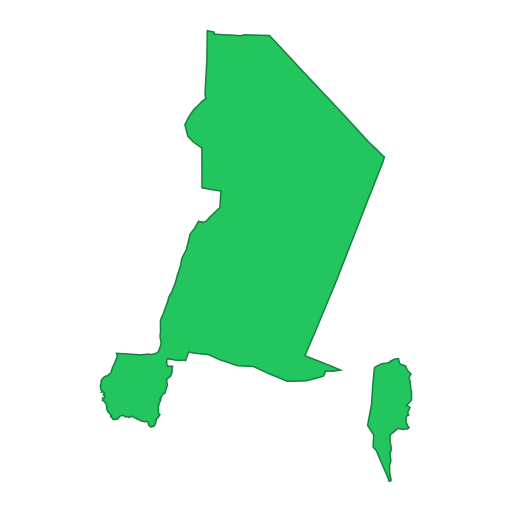 Joquicingo, México, Mexico
{"feature_id": "50627088B35119178104761", "entity_name": "Joquicingo", "entity_type": "district", "adm_level": 2, "iso_a3": "MEX", "parent_name": "Mexico", "parent_adm1": "México", "projection": "mercator", "projection_center": [-99.521, 19.062], "detail": "fine", "context": "isolated", "style": "filled", "palette": "green", "viewbox_px": 512, "rotation_deg": 0, "n_neighbors": 0, "source": "geoboundaries", "source_scale": "gbopen_adm2", "svg_char_len": 5606}
<svg xmlns="http://www.w3.org/2000/svg" viewBox="0 0 512 512"><path d="M383.6,156.6L380.0,152.9L376.4,149.2L372.9,146.0L369.4,142.8L364.4,137.3L359.4,131.9L356.9,129.1L354.4,126.4L349.4,121.0L344.4,115.5L339.5,110.3L334.6,105.1L329.8,99.9L324.9,94.8L322.4,92.2L317.6,87.0L312.7,81.8L307.8,76.6L302.9,71.4L300.5,68.8L295.7,63.7L293.4,61.1L288.6,56.0L286.2,53.5L281.4,48.3L276.7,43.2L271.9,38.1L269.5,35.5L261.8,35.3L257.9,35.2L252.2,35.0L244.4,34.8L243.6,34.8L241.1,35.8L234.8,35.3L231.6,35.1L226.6,34.9L219.6,34.5L214.1,34.1L214.1,32.1L207.3,30.7L206.9,58.9L206.9,59.6L206.4,68.1L205.0,94.2L205.8,98.4L204.1,99.8L202.1,101.3L201.2,102.2L200.2,103.3L199.2,104.4L198.4,105.2L197.1,106.5L196.2,107.2L195.3,108.0L194.3,109.2L193.6,110.0L192.3,111.7L191.1,113.4L188.6,117.2L184.9,124.8L187.8,136.2L193.3,141.9L197.2,144.7L201.9,148.1L202.0,187.9L205.2,188.4L212.0,189.7L220.9,191.0L219.9,207.5L214.9,212.3L209.3,217.6L206.5,220.9L204.2,222.2L202.3,222.0L199.5,221.6L198.6,221.2L194.8,228.0L190.0,234.2L188.2,242.2L186.5,249.2L183.8,254.6L181.9,258.2L180.4,266.0L176.9,276.8L175.5,282.4L172.5,289.9L171.1,293.7L170.7,293.5L169.9,294.9L168.6,297.6L168.4,298.5L168.3,299.2L168.0,300.2L167.8,301.0L167.7,301.3L167.3,302.5L166.7,304.1L166.6,304.3L166.4,304.9L165.6,307.2L165.3,308.0L164.3,310.6L163.1,314.3L161.9,316.6L160.5,320.2L160.4,325.8L160.6,331.2L160.1,334.9L160.2,338.1L161.1,342.3L160.9,344.7L158.5,351.5L155.7,353.6L151.3,354.5L148.1,354.1L144.0,354.6L141.8,354.6L141.1,354.9L132.8,354.3L127.8,354.0L121.2,353.6L116.6,353.3L116.8,353.7L116.9,355.0L117.4,355.7L116.5,358.8L116.2,359.0L115.4,361.1L113.5,365.5L112.5,367.3L111.7,370.3L110.5,373.5L109.2,374.0L108.4,375.3L105.5,376.3L104.9,376.5L103.3,377.7L102.3,379.0L101.7,379.6L101.1,380.8L101.0,381.8L101.4,382.6L100.4,385.0L100.4,386.5L100.6,387.5L100.9,387.7L100.9,387.8L100.7,389.7L102.5,391.4L101.8,392.1L103.6,391.9L104.8,393.6L103.4,394.1L103.4,395.2L105.0,396.0L104.0,398.1L102.7,397.9L102.7,399.1L102.4,400.2L103.1,400.6L105.2,402.5L106.6,405.3L106.8,408.4L106.9,409.5L107.9,411.7L111.5,415.5L110.5,416.1L113.3,419.6L113.9,419.0L114.9,419.5L117.8,419.0L119.0,417.4L119.9,416.3L121.0,415.7L122.4,415.4L124.8,416.3L125.4,416.6L125.9,417.0L126.5,416.9L127.3,416.7L127.9,416.7L128.7,417.4L129.2,417.0L129.9,416.9L130.6,417.1L131.9,416.1L132.6,416.6L133.4,416.9L133.7,417.2L134.3,417.7L135.3,417.9L135.7,418.1L136.2,418.5L137.1,418.7L137.4,419.5L138.2,419.3L138.3,419.4L138.9,419.4L139.9,420.4L141.1,420.9L141.5,421.0L143.0,421.3L143.6,421.3L144.1,421.6L144.7,421.8L146.1,421.3L146.7,421.6L147.8,421.9L148.3,423.2L148.4,424.0L148.7,425.2L149.2,425.4L149.9,426.2L150.6,427.0L151.5,426.8L152.3,426.7L152.6,426.3L152.8,426.1L153.1,426.0L153.5,426.3L153.8,426.4L154.0,426.2L154.3,425.8L154.6,425.4L154.7,425.1L154.8,424.8L154.8,424.7L155.0,424.3L155.1,424.1L155.3,423.9L155.5,423.8L155.8,421.9L156.3,419.8L157.7,417.3L158.2,417.4L159.9,414.4L158.6,413.4L158.5,412.8L158.4,406.2L159.1,404.1L160.7,399.5L160.0,398.9L161.1,397.7L161.5,396.4L163.4,393.5L164.8,393.5L167.3,385.3L166.7,380.2L166.4,379.8L166.9,379.2L169.9,376.7L170.7,376.0L171.6,373.5L171.7,373.0L172.2,372.1L172.1,370.1L172.1,368.0L172.6,366.4L171.7,366.2L171.0,366.4L169.5,366.3L168.6,366.0L167.3,366.0L167.2,365.3L167.0,364.9L166.7,364.1L166.8,362.9L166.7,361.8L166.7,360.8L167.0,358.9L170.2,359.2L172.6,359.4L174.6,360.0L180.6,360.4L181.9,360.2L183.9,360.2L184.4,360.1L185.5,360.7L188.6,352.0L194.2,353.1L198.8,353.6L203.3,354.1L208.6,354.6L214.7,357.4L219.4,359.6L226.1,361.8L230.1,363.2L237.5,365.7L245.5,366.1L253.4,366.5L258.3,368.7L262.3,370.6L268.7,373.6L272.6,375.2L276.3,376.7L280.7,378.5L287.2,381.3L292.6,381.2L297.0,381.1L301.4,380.9L306.0,380.8L312.8,379.1L319.5,377.3L323.1,376.2L324.3,374.7L325.5,371.1L333.7,371.2L334.5,370.9L340.5,370.1L328.0,364.8L321.4,362.2L304.9,355.7L314.8,332.6L335.9,282.0L367.6,200.7L383.1,161.5L384.4,156.8L383.6,156.6ZM409.1,427.4L408.7,427.1L407.8,426.4L407.5,425.7L407.5,425.0L406.9,424.0L406.4,423.0L406.0,420.2L406.3,417.5L406.7,415.9L407.8,415.4L408.7,415.0L408.4,414.4L407.9,413.5L408.0,411.5L408.9,409.5L409.5,408.8L409.9,407.4L409.5,407.3L409.1,406.7L407.9,406.1L406.6,405.6L407.0,404.8L407.6,404.5L408.4,403.4L409.1,402.4L410.4,401.5L411.4,399.9L411.6,398.9L411.3,397.8L411.3,397.2L411.6,396.1L411.4,393.9L411.5,391.4L410.9,389.5L410.6,388.3L410.7,386.4L410.4,384.6L410.3,382.4L409.4,379.2L409.3,377.6L409.8,376.2L411.0,374.1L410.0,373.0L409.2,372.1L408.2,371.2L407.2,369.9L406.9,369.3L406.2,367.6L405.7,366.0L404.8,365.6L400.6,364.3L400.2,364.1L399.5,362.7L398.8,360.2L398.7,359.6L398.7,359.0L398.1,358.6L395.5,358.8L390.5,361.0L390.4,362.1L389.2,362.3L388.1,362.7L387.1,363.0L386.7,363.4L385.6,363.3L384.3,363.4L383.3,363.4L380.9,364.1L378.6,365.2L374.7,367.4L374.2,369.6L372.7,386.0L371.6,403.8L367.6,425.4L373.7,435.0L373.1,447.1L376.4,450.7L381.2,462.0L383.7,468.0L385.1,471.1L388.8,479.9L388.9,481.0L389.6,481.3L390.1,481.1L390.6,480.9L391.0,480.6L391.1,480.0L391.0,479.1L390.7,478.3L390.5,476.8L390.0,474.6L389.9,473.8L389.6,472.2L389.6,471.1L389.6,467.9L389.6,464.8L390.5,462.5L390.6,461.7L390.7,460.9L390.8,460.8L390.8,459.7L390.6,459.0L390.5,457.9L390.4,456.5L390.2,455.5L390.1,454.5L390.2,453.7L390.3,452.1L391.1,451.0L391.0,449.9L391.2,449.0L391.3,447.7L391.2,447.1L390.9,446.5L390.7,444.9L390.6,443.5L390.2,442.7L390.1,441.7L390.1,440.6L390.0,438.9L389.8,437.6L390.1,436.2L390.8,434.1L392.8,432.8L397.5,428.7L398.0,428.8L398.9,428.8L399.8,428.8L400.3,428.8L401.2,429.1L401.7,429.2L403.5,429.6L405.0,428.8L405.6,428.9L406.7,429.1L407.8,428.5L408.8,428.0L409.1,427.4Z" fill="#22c55e" stroke="#15803d" stroke-width="1.5"/></svg>